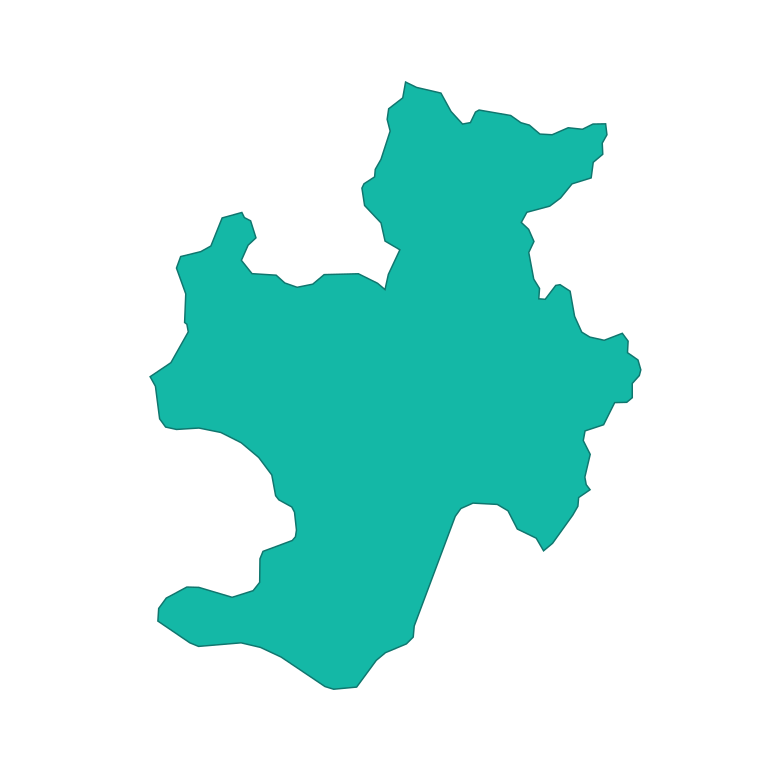 an SVG outline of Borski, rotated 169°
{"feature_id": "SRB-125", "entity_name": "Borski", "entity_type": "District", "adm_level": 1, "iso_a3": "SRB", "parent_name": "Republic of Serbia", "parent_adm1": "", "projection": "natural_earth1", "projection_center": [22.104, 44.305], "detail": "medium", "context": "isolated", "style": "filled", "palette": "teal", "viewbox_px": 768, "rotation_deg": 169, "n_neighbors": 0, "source": "natural_earth", "source_scale": "10m", "svg_char_len": 1968}
<svg xmlns="http://www.w3.org/2000/svg" viewBox="0 0 768 768"><g transform="rotate(169 384 384)"><path d="M612.2,435.8L589.1,445.6L566.2,472.5L566.1,480.3L568.0,482.4L561.4,510.3L565.6,537.4L559.3,547.9L538.6,548.9L527.6,552.5L511.2,577.9L490.8,579.5L489.3,574.0L483.8,569.6L481.8,551.9L490.9,546.2L500.4,532.6L492.5,517.5L469.1,511.4L462.1,502.1L450.8,495.5L434.9,495.6L421.9,502.8L388.1,497.1L371.1,484.1L365.0,476.5L358.8,490.8L342.8,512.7L355.7,524.1L356.2,542.7L369.0,562.9L368.3,580.5L365.4,584.4L353.7,589.1L351.6,596.4L344.1,605.1L329.7,631.1L330.4,643.2L326.9,653.3L311.0,661.3L305.2,676.3L295.4,668.9L272.6,658.7L266.2,638.7L257.3,624.2L249.3,624.1L242.3,633.5L238.4,634.8L208.4,623.4L199.8,614.4L191.9,610.4L183.3,599.6L171.4,596.6L154.3,600.4L140.6,596.2L129.3,599.3L116.8,597.1L117.6,586.1L123.8,578.8L125.4,567.8L136.3,561.7L141.3,546.8L161.2,544.6L175.2,532.9L187.3,527.0L211.0,525.3L218.4,516.4L212.5,508.2L209.6,495.3L216.8,485.5L217.0,458.4L213.1,448.1L215.8,438.1L209.6,436.4L196.6,448.0L192.2,447.9L183.6,439.6L184.0,414.1L180.0,397.2L173.0,390.8L159.5,384.9L140.4,388.3L136.2,379.5L139.0,368.3L130.1,359.1L129.2,348.9L131.8,343.5L140.2,337.2L142.9,323.2L149.2,319.7L161.1,321.7L176.2,302.1L195.6,299.6L199.2,290.4L195.0,275.6L204.6,254.3L204.7,246.6L201.9,240.9L214.6,235.4L217.0,227.0L223.7,219.3L248.9,195.5L259.2,189.8L264.0,203.6L280.8,216.2L286.5,235.9L295.8,244.2L319.4,250.1L332.3,247.1L339.3,240.5L400.5,140.7L403.6,130.0L411.6,124.6L433.8,120.0L444.3,114.2L468.7,91.7L491.7,94.0L499.7,98.3L537.1,135.6L555.5,149.0L573.7,157.2L616.1,161.8L624.0,167.0L651.2,194.4L648.0,206.7L638.6,215.4L616.3,222.3L604.6,219.7L573.8,203.6L551.9,206.1L543.9,213.0L539.1,236.1L534.7,242.8L503.9,247.9L500.1,250.9L497.8,257.3L496.3,275.3L498.0,280.9L509.3,290.3L511.7,295.0L511.5,316.1L521.0,335.8L535.4,353.6L553.5,367.6L574.1,376.1L596.4,379.0L606.6,383.4L610.9,392.6L608.8,425.4L612.2,435.8Z" fill="#14b8a6" stroke="#0f766e" stroke-width="1.5"/></g></svg>